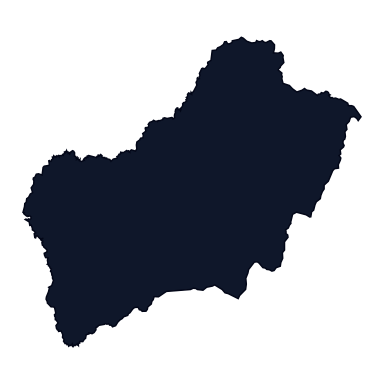 Curumaní, Cesar, Colombia (Robinson projection)
{"feature_id": "7082276B94072212482436", "entity_name": "Curumaní", "entity_type": "district", "adm_level": 2, "iso_a3": "COL", "parent_name": "Colombia", "parent_adm1": "Cesar", "projection": "robinson", "projection_center": [-73.572, 9.24], "detail": "fine", "context": "isolated", "style": "filled", "palette": "ink", "viewbox_px": 384, "rotation_deg": 0, "n_neighbors": 0, "source": "geoboundaries", "source_scale": "gbopen_adm2", "svg_char_len": 5834}
<svg xmlns="http://www.w3.org/2000/svg" viewBox="0 0 384 384"><path d="M238.2,298.6L239.6,295.5L245.6,289.4L246.3,284.1L245.8,278.3L247.9,273.0L248.6,269.5L254.3,262.1L257.3,261.8L259.0,263.0L262.9,267.6L265.4,268.1L266.8,269.4L269.3,269.7L271.9,271.1L274.1,270.5L276.2,267.6L280.3,266.2L280.8,262.6L282.7,258.3L282.4,252.7L284.5,250.1L284.5,241.8L288.0,237.3L287.7,235.0L285.7,233.3L286.1,232.3L285.7,229.7L288.3,228.0L289.4,225.2L290.9,223.4L290.7,222.1L292.6,214.3L296.5,212.2L306.2,214.8L309.7,217.0L310.8,216.8L311.6,211.8L313.6,210.2L315.0,204.7L316.3,201.8L320.3,198.7L320.8,195.6L322.3,191.7L324.1,189.0L324.1,185.1L328.3,181.2L332.7,170.7L334.5,168.7L338.5,168.1L338.3,164.7L340.3,160.2L340.8,158.0L339.0,155.5L340.7,154.0L340.2,149.9L343.5,147.0L344.1,145.5L343.0,143.4L343.0,141.5L343.4,140.1L344.7,139.2L345.4,136.4L344.9,131.7L346.9,129.4L346.2,124.6L349.2,121.4L350.1,118.4L351.0,117.1L354.2,116.6L356.8,118.4L358.2,120.6L361.0,116.8L353.7,106.5L351.7,105.7L348.4,105.6L347.7,103.2L340.6,99.0L338.9,99.4L335.7,98.1L333.2,98.4L332.0,97.5L330.7,97.9L328.8,95.6L330.1,94.9L328.9,94.1L328.4,92.5L327.0,91.5L325.8,91.3L323.4,93.2L321.3,92.6L320.5,94.0L318.3,94.2L317.4,95.5L311.5,91.0L306.6,90.1L304.5,88.5L302.1,90.2L296.8,92.0L292.5,88.8L289.4,85.5L283.0,83.4L281.8,78.6L282.2,76.6L281.5,74.7L281.9,73.1L278.2,70.0L278.6,68.8L280.2,67.5L280.7,65.9L283.8,62.6L282.9,57.4L283.2,55.5L280.8,52.1L278.3,53.2L273.4,52.9L274.4,48.7L274.5,44.8L271.1,40.9L269.8,40.7L266.0,42.6L264.2,42.2L262.3,40.7L260.4,41.6L258.7,41.6L256.6,40.6L255.7,42.5L251.7,43.0L246.7,41.2L243.3,38.2L241.3,37.3L238.9,39.4L232.3,40.8L232.1,42.5L229.1,44.0L227.5,43.6L226.3,41.6L224.6,41.8L223.4,44.5L220.4,46.7L217.7,47.8L216.2,50.1L212.2,50.5L211.0,60.4L207.7,62.3L207.7,63.6L208.3,64.6L205.6,68.1L204.7,68.7L202.5,68.2L201.7,68.7L199.4,73.5L200.0,75.4L199.1,77.1L199.4,78.6L198.6,79.0L197.5,77.8L197.2,78.3L197.2,80.4L196.1,82.3L196.9,85.1L193.3,91.9L192.0,92.6L191.8,93.9L191.0,92.4L190.7,93.9L188.7,92.9L187.5,94.3L187.7,95.7L187.1,97.1L186.4,97.4L187.3,98.4L185.9,99.8L186.6,101.1L185.1,102.2L184.9,103.2L184.8,102.4L183.6,102.6L182.6,103.9L182.9,105.0L182.1,106.9L180.6,108.4L181.1,109.3L180.5,110.9L179.5,109.1L178.3,109.7L177.7,107.9L176.9,108.0L176.5,109.1L175.7,109.2L175.2,111.8L175.5,113.1L174.7,114.0L174.4,115.9L174.7,117.6L173.3,118.9L172.6,118.8L172.6,118.0L171.9,117.5L167.1,118.5L164.6,117.8L163.0,118.3L162.9,119.5L160.1,120.6L158.3,120.6L157.6,121.5L157.2,121.0L155.8,121.4L153.5,120.3L152.5,121.4L149.6,122.4L148.2,124.4L148.9,125.1L148.1,127.4L145.6,127.6L145.2,128.1L145.8,131.2L142.7,133.6L143.3,135.1L143.0,137.8L140.6,138.2L139.6,140.0L136.9,142.0L136.4,145.0L136.8,148.9L135.5,151.1L131.4,149.9L129.5,151.4L129.7,152.3L128.8,151.8L128.4,150.8L127.3,151.1L126.7,150.5L123.5,152.6L121.8,152.4L121.3,152.9L120.8,152.3L119.8,154.5L119.0,154.3L118.0,156.1L116.9,156.6L117.3,157.4L116.8,158.3L113.3,159.1L111.0,161.4L109.8,159.5L106.8,158.8L106.6,158.1L105.6,158.5L104.9,157.6L104.2,158.1L104.0,157.5L102.0,157.4L101.7,156.5L102.1,155.9L100.7,154.5L99.0,156.1L98.6,155.1L98.0,155.2L98.0,156.5L96.9,156.5L96.5,157.6L88.6,155.5L87.1,156.2L87.6,157.3L86.6,157.3L86.2,158.2L85.4,157.5L83.8,159.1L84.3,160.3L83.3,160.1L82.8,161.1L81.3,161.5L79.7,160.7L79.9,159.5L79.1,160.4L78.3,159.1L77.0,159.5L77.9,158.1L77.0,158.1L77.0,157.4L76.1,158.1L75.6,156.4L74.5,156.2L74.6,152.8L73.7,151.3L72.7,150.7L71.5,151.4L69.6,154.1L69.1,153.5L69.4,152.7L68.1,153.4L68.1,152.0L66.9,151.6L66.6,150.7L66.1,152.1L65.5,151.5L64.4,152.1L65.0,153.4L63.2,154.1L63.3,155.3L62.4,154.9L61.8,155.6L59.1,155.6L59.0,156.5L58.4,155.5L57.0,156.4L56.5,156.0L56.2,156.9L55.2,156.5L54.9,157.1L53.7,155.8L53.4,157.0L52.4,157.1L53.0,158.7L51.6,159.7L51.3,160.9L49.7,161.5L49.4,160.6L48.8,160.8L49.3,164.3L48.9,165.4L44.2,166.2L43.1,167.4L42.1,175.0L38.5,173.8L36.3,174.2L34.9,177.2L33.4,178.0L33.2,179.4L33.9,180.8L33.7,184.3L31.2,187.9L32.6,192.6L30.3,194.0L28.6,197.3L26.7,198.7L26.2,202.3L24.8,203.5L24.5,206.7L23.0,212.4L24.0,212.8L23.6,213.0L23.9,213.8L26.6,216.1L28.0,216.0L28.0,216.4L29.8,215.9L30.9,216.9L31.1,218.4L30.2,219.4L28.5,218.9L27.5,219.7L25.9,219.1L25.2,219.5L29.2,221.9L29.8,225.4L31.2,225.1L32.3,228.0L32.4,229.9L33.9,230.8L35.6,232.9L34.2,233.7L34.8,237.6L35.6,237.9L36.2,236.1L37.3,235.8L39.6,238.3L41.3,238.9L43.4,238.1L40.8,239.8L42.2,241.2L42.7,241.1L42.7,242.2L41.9,242.7L42.4,245.2L43.2,245.4L43.7,246.9L47.1,250.0L46.8,252.0L44.2,253.3L44.5,255.1L45.6,257.6L48.0,257.9L47.4,260.2L48.0,263.7L47.4,264.2L48.3,264.5L48.5,265.8L49.4,266.2L50.2,268.1L51.3,268.9L50.5,271.3L51.5,272.4L51.9,275.2L52.5,275.9L52.5,278.3L53.5,280.3L51.7,285.7L48.7,287.3L49.4,288.0L48.5,291.8L46.4,297.0L46.1,299.2L47.5,302.1L47.3,302.9L51.0,306.8L53.6,306.9L54.6,307.7L55.7,312.8L55.3,314.2L54.5,314.7L54.7,316.3L55.3,316.9L55.3,319.7L56.2,320.1L58.1,322.9L56.0,325.6L56.5,328.4L57.5,330.0L58.5,330.1L58.6,331.4L61.2,331.0L62.8,334.8L62.5,337.3L64.2,339.8L63.5,341.1L65.1,343.6L66.6,343.5L66.9,344.6L68.0,344.3L68.7,346.2L70.0,345.2L70.7,345.5L72.3,343.9L72.3,346.0L73.0,346.7L74.1,345.0L75.0,345.6L76.2,344.5L77.0,344.9L77.3,344.0L78.4,345.4L78.4,343.3L79.7,343.1L79.7,341.5L82.8,341.6L84.5,339.0L85.5,338.5L86.2,334.7L89.0,333.9L88.9,332.9L92.1,333.7L94.1,332.5L95.9,329.9L95.9,327.5L97.2,327.0L98.9,325.3L104.5,324.3L105.1,323.6L107.0,324.2L108.5,323.7L109.6,325.1L111.3,325.2L112.5,326.8L115.6,325.7L117.8,322.1L120.0,319.9L122.3,318.5L123.6,316.8L127.7,315.4L128.4,313.7L130.0,312.7L132.7,309.0L134.6,307.5L138.0,307.2L139.4,309.8L140.5,309.8L142.2,311.3L146.0,311.2L147.3,309.4L147.8,306.9L151.3,304.0L151.8,301.4L153.2,299.7L154.1,296.6L158.5,296.8L166.4,291.4L190.5,289.5L193.3,288.2L195.9,288.5L197.3,289.5L203.0,290.2L206.7,287.2L212.3,286.1L214.7,284.9L222.2,289.5L225.0,292.8L228.2,293.6L238.2,298.6Z" fill="#0f172a" stroke="#020617" stroke-width="1.5"/></svg>